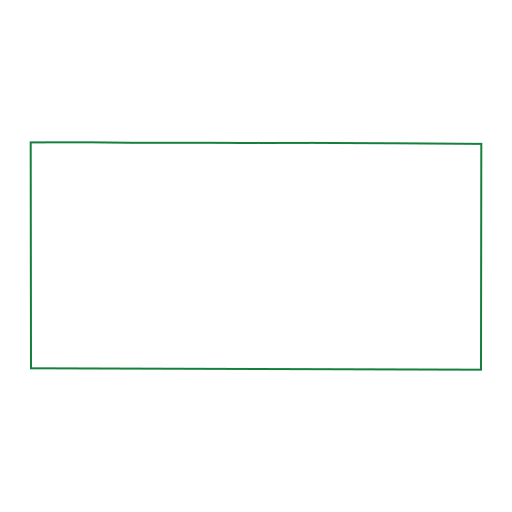 McPherson, South Dakota, United States of America
{"feature_id": "52423323B76853800057701", "entity_name": "McPherson", "entity_type": "district", "adm_level": 2, "iso_a3": "USA", "parent_name": "United States of America", "parent_adm1": "South Dakota", "projection": "mercator", "projection_center": [-99.314, 45.766], "detail": "fine", "context": "isolated", "style": "outline", "palette": "green", "viewbox_px": 512, "rotation_deg": 0, "n_neighbors": 0, "source": "geoboundaries", "source_scale": "gbopen_adm2", "svg_char_len": 491}
<svg xmlns="http://www.w3.org/2000/svg" viewBox="0 0 512 512"><path d="M30.7,142.4L31.0,368.3L35.4,368.3L481.0,369.7L481.3,143.9L399.6,143.3L399.2,143.3L353.7,143.1L314.2,142.9L309.9,142.9L259.9,143.0L259.4,142.9L255.8,143.0L255.5,143.0L239.4,143.0L231.0,142.9L227.6,142.9L221.5,142.9L212.2,142.8L200.0,142.8L199.9,142.8L184.7,142.8L181.5,142.8L174.4,142.8L134.0,142.8L132.7,142.8L89.3,142.3L79.2,142.3L51.6,142.3L42.1,142.4L30.7,142.4Z" fill="none" stroke="#15803d" stroke-width="2"/></svg>